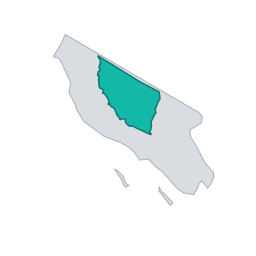 location of Cayo within Belize, rotated 118°
{"feature_id": "BLZ-1324", "entity_name": "Cayo", "entity_type": "District", "adm_level": 1, "iso_a3": "BLZ", "parent_name": "Belize", "parent_adm1": "", "projection": "orthographic", "projection_center": [-88.805, 16.941], "detail": "fine", "context": "in_parent", "style": "filled", "palette": "teal", "viewbox_px": 256, "rotation_deg": 118, "n_neighbors": 0, "source": "natural_earth", "source_scale": "10m", "svg_char_len": 2831}
<svg xmlns="http://www.w3.org/2000/svg" viewBox="0 0 256 256"><g transform="rotate(118 128 128)"><path d="M80.8,79.8L80.8,73.1L82.9,67.8L88.9,65.6L96.8,70.2L100.0,72.2L103.0,71.1L106.7,68.3L111.3,60.1L122.7,43.4L127.3,31.5L131.8,29.1L138.2,28.6L143.8,29.4L139.9,38.1L143.8,39.2L147.4,38.4L155.9,38.7L159.2,48.2L158.3,56.2L150.4,77.3L149.4,84.6L145.8,95.5L150.8,102.6L146.1,112.1L144.6,118.2L144.2,127.5L146.6,145.0L142.9,170.3L136.2,181.4L132.1,185.6L124.7,196.6L114.9,199.9L101.3,217.6L98.9,222.2L100.2,227.2L97.1,227.3L84.1,226.5L75.3,227.4L74.9,226.9L75.7,207.9L76.9,178.4L77.7,156.8L78.6,135.7L79.2,119.9L80.1,98.4L80.8,79.8ZM169.1,71.2L165.6,72.7L168.5,68.2L168.9,65.4L172.8,53.6L175.7,53.7L176.4,54.7L169.1,71.2ZM176.4,109.7L170.8,120.4L170.5,117.4L172.8,109.4L175.9,106.6L177.9,103.7L178.3,100.2L181.1,101.9L180.4,105.3L176.4,109.7Z" fill="#d9dde1" stroke="#a8b0b8" stroke-width="1"/><path d="M78.3,188.8L78.9,180.8L80.3,159.3L81.6,139.4L81.5,117.6L83.7,115.8L86.8,113.8L87.8,113.4L88.6,113.4L89.2,113.6L89.8,113.7L98.3,112.8L99.3,112.4L100.0,111.9L100.5,111.3L101.0,110.7L101.5,110.5L102.6,110.7L103.9,110.8L105.6,110.7L106.4,110.8L107.4,110.7L109.4,110.7L111.1,110.5L112.4,110.1L114.5,108.6L115.8,108.1L116.6,108.0L118.1,107.3L118.6,107.1L119.7,107.5L121.4,106.7L121.8,106.0L122.3,105.0L122.9,104.7L123.2,105.1L123.3,106.2L124.1,121.5L124.0,124.3L124.1,124.7L124.9,125.9L125.5,127.3L125.6,128.2L125.6,128.9L125.2,129.8L125.1,130.3L124.9,131.2L124.7,131.6L124.4,131.8L124.3,132.1L124.1,132.3L124.1,132.7L123.8,133.2L123.7,133.3L123.5,133.5L123.3,133.6L121.6,134.2L121.4,135.0L121.7,135.6L122.7,137.4L123.7,138.2L124.2,138.8L124.2,139.4L123.9,139.8L123.5,140.1L123.2,140.4L122.5,142.0L122.0,143.2L121.6,144.1L121.1,144.7L120.3,145.3L119.9,145.7L119.4,146.6L117.2,149.0L117.1,149.4L117.1,149.7L117.2,150.0L117.1,150.5L117.0,151.5L116.9,151.9L117.1,152.9L117.0,153.2L116.9,153.6L116.7,153.8L116.4,154.0L115.7,154.4L115.3,154.8L115.2,155.0L115.2,155.3L116.2,156.0L116.5,156.3L116.5,156.5L116.2,156.7L115.9,156.8L114.6,157.0L113.2,157.5L112.8,157.8L112.5,158.1L110.4,161.3L110.0,162.4L109.2,163.9L108.8,165.4L108.8,165.7L109.1,166.7L107.8,166.8L107.3,167.1L107.1,167.2L106.6,167.7L105.8,168.7L105.6,169.0L105.6,169.4L105.9,170.7L106.0,171.1L105.8,171.9L104.3,173.4L103.1,174.3L102.8,174.4L102.2,174.6L101.7,174.9L99.7,176.4L99.0,176.8L98.6,176.9L98.2,176.9L97.8,176.9L97.0,177.3L96.5,177.6L96.2,177.9L95.9,178.4L95.9,178.7L96.0,179.3L95.7,179.5L92.8,180.6L92.4,180.7L92.1,180.7L91.8,180.6L91.3,180.0L91.1,179.8L90.8,179.7L90.5,179.6L90.3,179.7L89.8,180.2L88.3,181.7L87.8,182.1L87.3,182.3L86.1,182.5L85.5,182.6L85.2,182.7L84.3,182.8L81.7,183.8L81.4,184.1L81.0,184.4L80.8,184.8L80.8,185.0L80.7,185.4L80.6,185.6L80.4,186.0L79.9,186.6L79.5,187.0L79.1,187.5L78.3,188.8Z" fill="#14b8a6" stroke="#0f766e" stroke-width="1.5"/></g></svg>